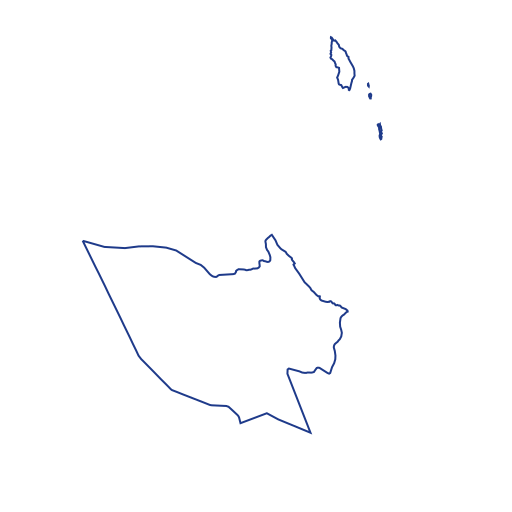 the border of Hadramawt, rotated 252°
{"feature_id": "YEM-3497", "entity_name": "Hadramawt", "entity_type": "Governorate", "adm_level": 1, "iso_a3": "YEM", "parent_name": "Yemen", "parent_adm1": "", "projection": "orthographic", "projection_center": [51.058, 15.554], "detail": "fine", "context": "isolated", "style": "outline", "palette": "blue", "viewbox_px": 512, "rotation_deg": 252, "n_neighbors": 0, "source": "natural_earth", "source_scale": "10m", "svg_char_len": 4902}
<svg xmlns="http://www.w3.org/2000/svg" viewBox="0 0 512 512"><g transform="rotate(252 256 256)"><path d="M323.2,96.0L323.5,96.7L311.5,114.6L304.0,133.8L301.3,147.7L297.1,161.0L291.7,173.2L285.9,181.8L268.0,196.6L264.6,200.7L260.9,203.1L253.1,206.4L251.2,207.6L250.1,208.5L249.2,209.7L248.4,211.5L248.5,212.5L249.0,213.5L249.3,215.2L245.8,228.7L245.7,230.4L246.4,231.3L247.0,232.0L248.0,232.5L248.5,233.8L248.8,235.4L247.0,240.1L246.3,241.4L245.5,242.3L245.1,243.9L245.1,245.1L244.7,246.4L244.7,247.7L244.9,248.8L244.9,249.6L244.5,250.6L244.2,251.8L243.8,253.6L244.2,255.2L245.0,256.3L246.4,256.7L247.7,256.9L249.5,257.4L250.0,257.9L250.2,258.8L250.0,260.7L249.5,261.4L248.8,261.9L248.0,263.4L247.3,264.3L246.8,265.1L246.6,265.9L246.6,266.8L246.9,267.5L247.6,268.3L250.4,269.3L252.7,269.4L256.2,269.1L257.3,268.8L258.3,268.4L261.3,268.2L264.3,269.1L266.8,269.4L267.8,269.9L268.6,271.1L269.0,272.0L269.5,272.9L269.9,274.1L270.3,274.9L270.7,275.7L271.0,276.4L271.1,277.3L271.2,277.6L264.8,279.4L260.0,279.8L255.7,281.6L254.5,282.3L251.1,285.2L250.4,285.6L248.6,285.9L246.0,287.3L243.1,289.3L242.4,289.4L241.6,289.0L240.5,289.3L238.6,290.1L237.7,290.4L237.3,290.4L236.9,290.5L236.6,289.5L236.3,289.0L235.9,289.0L235.3,289.2L232.4,289.5L225.9,291.6L216.0,294.1L210.6,297.0L208.7,297.8L206.7,298.1L205.7,298.6L204.0,299.8L200.2,301.5L198.4,302.8L198.0,304.2L197.6,304.2L196.9,303.8L196.0,303.5L195.0,303.6L194.0,304.1L193.3,304.7L191.1,307.9L190.2,309.6L189.8,311.5L190.1,311.7L190.1,312.3L190.0,312.8L189.9,313.1L189.4,313.5L187.5,314.2L187.1,314.5L186.8,315.6L186.2,316.0L185.4,316.2L184.6,316.5L184.4,316.9L184.3,317.3L184.3,318.3L184.1,318.5L183.8,318.8L183.5,319.1L183.0,320.4L182.2,320.9L180.5,321.6L177.8,324.9L177.0,325.4L176.7,325.5L176.2,325.9L175.9,326.1L175.6,326.1L175.3,326.1L174.8,326.0L174.8,325.7L174.7,325.0L174.4,324.1L173.2,321.8L172.9,321.1L172.8,320.3L172.4,319.4L171.8,318.3L170.8,317.2L166.7,315.2L162.8,314.2L159.4,314.2L156.4,313.9L153.1,312.2L150.9,309.9L150.3,308.6L149.2,307.1L148.7,305.7L147.9,303.8L147.0,302.8L145.9,302.1L144.8,301.7L141.4,301.6L136.8,300.8L133.3,299.5L129.9,297.2L126.8,294.0L121.8,290.4L121.5,289.2L122.6,287.9L130.0,281.8L130.7,280.4L130.7,279.1L128.8,276.5L127.8,275.3L127.8,274.2L127.9,272.9L129.3,268.9L129.3,267.8L129.8,266.2L130.9,263.9L132.9,261.6L138.8,252.5L138.3,251.0L134.3,249.5L71.1,253.2L93.7,226.7L103.1,217.7L101.8,189.6L107.7,190.0L109.1,189.8L110.4,189.3L116.0,186.2L121.1,183.3L121.1,183.2L122.5,181.5L125.6,173.3L127.8,167.5L128.6,166.1L133.0,160.8L139.7,152.6L146.9,143.8L151.0,138.9L154.5,134.6L155.5,133.9L161.2,131.1L168.8,127.2L177.4,123.0L185.0,119.2L191.4,116.0L193.3,115.0L197.5,113.5L203.2,112.8L210.2,111.8L217.3,110.9L224.4,109.9L231.5,108.9L238.5,108.0L245.6,107.0L252.7,106.0L259.7,105.0L266.8,104.0L273.9,103.1L280.9,102.1L288.0,101.1L295.1,100.0L302.1,99.0L309.2,98.0L316.2,97.0L323.2,96.0ZM437.7,395.2L438.9,395.1L439.8,394.5L440.3,394.6L440.9,394.9L440.3,395.5L439.0,395.9L438.0,396.2L437.1,396.4L436.6,396.8L436.6,398.0L434.7,398.8L433.1,399.2L431.3,400.0L429.3,399.8L427.6,400.5L427.2,400.9L426.4,402.1L426.0,402.4L424.8,402.9L423.5,404.0L422.8,404.4L421.5,404.3L419.4,404.5L418.6,404.4L417.9,404.6L416.8,405.5L415.8,405.2L415.1,405.0L413.7,405.3L411.8,405.6L406.3,406.8L404.3,407.0L401.6,406.8L399.1,406.0L397.0,405.5L396.1,404.6L395.3,403.7L394.6,402.8L393.9,401.8L392.8,401.4L390.9,400.1L386.1,397.2L385.0,396.2L384.9,395.9L385.3,395.6L386.5,396.0L387.4,395.8L388.4,395.3L388.6,395.1L388.7,394.7L389.1,393.8L389.2,393.4L388.9,390.6L389.5,390.4L390.3,390.2L392.2,389.9L392.6,389.2L393.1,388.5L393.6,388.0L394.4,387.9L396.9,388.3L398.4,388.5L399.5,388.4L400.6,388.3L402.4,389.9L405.5,392.2L407.6,392.7L409.3,393.1L410.2,391.9L410.7,390.8L411.9,390.5L412.8,390.6L413.6,391.0L415.1,390.8L416.7,390.8L418.3,389.8L418.9,389.6L420.0,388.9L420.5,388.3L421.7,388.1L422.3,388.7L422.9,389.2L423.9,389.8L424.6,389.6L425.2,389.3L425.4,389.4L425.9,389.9L426.2,390.3L427.1,390.4L428.1,390.5L428.5,391.3L429.2,391.5L430.8,392.2L432.7,392.6L434.5,393.6L435.5,393.9L437.7,395.2ZM338.7,412.3L340.1,412.8L342.6,412.2L343.2,412.4L343.3,412.4L343.5,412.9L342.9,413.1L342.4,413.6L342.8,413.9L343.2,414.6L341.9,414.4L341.4,414.5L340.6,414.8L338.5,414.4L336.5,414.3L336.2,413.9L335.7,413.2L335.4,413.2L335.2,413.2L334.2,413.5L333.7,413.6L333.5,413.4L333.0,412.7L332.9,412.4L332.7,412.5L331.7,412.1L331.1,412.2L330.6,412.4L330.3,412.2L330.1,412.0L328.6,411.3L328.4,410.7L329.1,410.5L329.8,410.4L330.9,410.4L332.2,410.7L333.7,411.7L334.6,412.0L335.4,412.0L336.7,412.2L338.7,412.3ZM373.5,413.2L374.2,413.2L374.8,413.7L375.0,414.4L375.0,415.1L374.3,415.3L373.6,415.4L372.3,414.8L371.4,414.1L370.4,413.8L370.5,413.3L371.2,413.1L371.8,413.2L372.3,413.0L372.8,412.9L373.5,413.2ZM382.4,415.6L383.3,415.2L384.1,415.3L384.6,415.6L385.1,415.7L385.2,416.0L383.7,415.9L383.0,415.9L382.4,415.6Z" fill="none" stroke="#1e3a8a" stroke-width="2"/></g></svg>